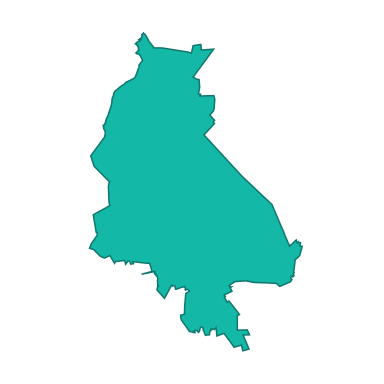 Mapimí, Durango, Mexico, rotated 356°
{"feature_id": "50627088B7119871400855", "entity_name": "Mapimí", "entity_type": "district", "adm_level": 2, "iso_a3": "MEX", "parent_name": "Mexico", "parent_adm1": "Durango", "projection": "robinson", "projection_center": [-104.148, 26.158], "detail": "fine", "context": "isolated", "style": "filled", "palette": "teal", "viewbox_px": 384, "rotation_deg": 356, "n_neighbors": 0, "source": "geoboundaries", "source_scale": "gbopen_adm2", "svg_char_len": 5600}
<svg xmlns="http://www.w3.org/2000/svg" viewBox="0 0 384 384"><g transform="rotate(356 192 192)"><path d="M93.5,148.9L96.1,159.5L110.3,176.0L109.0,180.2L108.5,196.2L109.1,199.8L101.5,203.4L96.1,205.8L91.9,207.9L93.6,225.6L94.5,225.9L94.4,228.5L88.3,236.2L87.8,236.7L85.9,241.0L89.9,242.6L96.0,249.7L100.1,251.8L105.6,249.7L109.8,257.7L110.6,256.1L120.0,255.6L120.8,259.5L123.4,256.3L124.8,256.6L125.8,259.7L128.7,259.4L128.1,257.3L137.7,259.2L144.8,260.3L146.6,268.3L146.3,268.5L145.2,268.7L136.0,270.5L137.0,270.4L149.4,268.7L148.9,269.9L149.3,270.1L149.0,270.8L149.0,271.0L149.8,270.7L150.1,270.8L150.2,272.8L150.8,272.8L150.8,273.0L151.3,273.8L151.7,275.3L151.8,276.8L151.4,277.5L151.3,281.6L151.3,283.0L151.8,283.1L151.8,283.9L151.1,284.2L150.6,285.6L150.7,286.2L150.3,287.1L150.2,287.2L151.3,288.6L157.1,296.2L165.1,283.7L165.8,284.4L166.1,283.9L168.5,284.7L168.8,287.8L169.0,287.8L169.7,287.9L170.1,287.7L170.7,287.5L171.1,287.3L172.3,287.3L173.1,286.9L173.3,286.7L175.3,286.3L175.5,286.4L175.9,286.3L176.4,286.1L177.4,285.9L177.5,285.8L177.6,285.7L177.8,285.7L178.2,286.9L178.8,287.3L178.6,288.2L178.5,288.5L178.4,288.8L178.5,289.3L178.7,289.5L179.1,289.1L180.4,288.7L181.8,289.6L182.1,289.9L182.3,290.2L182.5,290.7L178.7,292.8L176.7,305.4L175.9,313.4L172.1,314.1L172.1,316.9L172.5,319.0L178.3,328.5L179.1,330.0L179.6,330.8L185.1,332.6L185.2,332.1L185.2,331.9L184.5,331.1L184.5,330.8L184.6,330.7L185.0,330.6L185.2,330.4L185.6,330.2L186.9,330.4L187.5,330.6L187.7,330.8L187.7,331.2L188.3,331.7L188.4,332.3L188.5,332.5L189.1,332.1L189.3,331.9L189.7,331.6L190.0,330.6L190.1,330.2L190.2,329.7L190.4,329.1L190.5,328.7L190.8,328.2L191.0,327.7L191.5,327.4L191.7,327.5L192.5,327.5L192.7,327.8L193.5,328.4L193.4,328.7L193.5,328.9L193.6,329.4L193.5,330.6L194.2,331.8L194.4,332.3L194.4,333.1L194.8,334.5L195.4,335.6L195.5,335.8L195.7,336.0L196.1,335.8L196.4,335.8L196.7,335.7L197.0,335.7L197.5,335.4L197.8,335.6L198.2,335.6L198.8,335.7L199.1,335.6L199.4,335.7L199.5,335.5L199.6,334.7L199.8,334.0L200.0,332.5L200.2,332.2L200.5,332.1L200.9,331.5L201.0,331.5L201.3,331.2L201.3,330.4L201.5,330.5L201.7,330.4L202.1,330.5L202.1,330.3L202.3,330.4L202.6,330.4L202.7,330.5L203.2,330.2L204.1,330.2L204.2,330.3L204.3,330.5L204.6,330.7L205.0,330.2L205.9,330.1L206.5,329.1L206.8,337.4L210.0,336.4L214.1,335.3L222.0,347.8L223.0,349.8L230.6,348.2L231.7,354.0L237.9,352.6L233.0,338.2L239.4,338.5L238.2,335.2L237.4,333.4L227.6,333.0L228.5,318.5L230.8,317.6L228.8,314.4L221.3,303.3L219.4,304.4L217.0,299.2L218.0,298.6L216.9,296.9L225.0,293.8L223.4,290.2L224.6,289.4L224.1,289.4L223.4,289.3L222.9,288.9L222.8,288.7L222.6,288.6L222.4,288.1L227.9,284.8L227.8,284.5L230.3,284.4L235.0,284.4L237.4,284.4L241.4,284.5L241.3,284.9L247.8,286.6L264.0,288.3L269.9,289.1L272.9,292.3L283.6,288.6L284.4,288.1L284.3,287.5L285.6,286.3L285.3,285.9L285.1,286.0L284.7,285.2L284.3,284.5L285.1,283.4L286.0,282.4L286.0,282.2L286.7,283.7L287.9,282.7L287.4,280.0L288.2,279.7L287.8,278.4L288.3,277.0L290.2,266.7L290.3,266.7L293.8,264.0L295.0,262.9L295.2,262.4L296.1,259.8L297.4,256.0L297.7,255.2L298.1,253.9L295.9,253.3L296.7,250.2L294.5,249.5L294.5,249.3L293.5,250.2L292.6,247.1L285.7,252.8L285.2,251.4L285.0,251.5L283.7,247.5L282.5,244.2L281.1,240.2L281.3,240.1L281.1,239.6L279.0,233.5L278.9,233.6L277.9,230.8L278.0,230.8L270.9,210.1L263.3,201.9L262.2,200.7L261.9,200.4L256.8,194.8L242.9,179.7L207.9,135.9L219.2,125.3L217.9,123.6L219.5,122.1L215.1,116.5L218.9,112.9L219.7,111.0L219.9,110.2L221.2,101.2L220.6,97.4L206.7,96.8L207.4,95.1L205.2,94.9L207.0,88.1L206.9,80.3L204.1,79.6L201.1,77.3L202.8,75.5L223.6,51.0L211.2,51.0L211.2,45.7L211.0,45.4L203.3,46.1L201.9,50.8L201.6,52.0L200.7,53.6L198.5,52.3L172.7,46.3L163.8,45.5L163.9,45.0L159.1,37.9L159.1,37.3L157.0,32.9L156.5,32.4L156.3,31.8L156.2,31.5L155.9,31.2L155.6,31.0L155.4,30.9L155.2,30.9L154.9,30.4L154.7,30.0L154.4,30.3L153.7,30.9L152.9,31.6L153.0,32.0L153.1,32.7L152.9,33.3L152.5,34.1L151.5,35.2L151.0,35.4L150.6,35.7L150.3,35.9L150.6,35.9L150.8,36.1L151.8,36.1L152.0,36.2L152.1,36.4L152.0,36.5L151.4,36.5L151.2,36.3L150.9,36.3L150.9,36.6L150.6,36.9L150.6,37.3L150.4,37.2L150.3,37.3L150.4,37.5L150.2,37.6L149.9,37.7L149.7,37.6L149.3,37.7L149.4,38.0L147.4,38.8L146.5,39.6L146.3,40.2L146.1,40.3L146.6,40.5L146.6,40.8L147.0,41.2L147.3,41.6L148.0,41.6L147.9,42.0L147.8,42.7L148.6,43.9L148.5,44.6L148.6,45.8L148.6,46.3L148.9,46.7L145.7,49.4L145.8,49.5L146.1,49.5L146.4,49.7L146.6,50.1L146.9,50.4L147.4,50.4L147.9,50.6L148.3,50.6L148.4,50.8L148.7,51.1L149.3,51.4L149.3,51.7L149.6,52.0L149.8,52.2L150.0,52.6L150.6,53.9L150.7,54.3L150.8,54.6L151.0,54.7L151.0,54.9L151.2,55.2L151.2,55.6L151.4,55.9L151.5,56.5L151.7,56.8L151.7,57.0L151.8,57.3L151.7,57.5L151.9,57.6L149.8,59.5L147.8,62.0L148.1,62.7L148.1,63.3L148.0,63.6L147.1,65.1L144.7,70.7L144.6,70.9L144.5,71.0L144.4,71.1L143.1,74.0L142.4,74.3L137.8,76.4L133.9,77.8L132.5,79.1L131.9,79.8L130.9,80.3L129.9,80.6L129.6,80.9L127.5,82.2L123.9,85.0L123.6,85.0L123.1,85.4L122.6,85.7L121.9,86.3L121.8,86.8L121.5,87.1L120.8,88.2L120.5,89.6L119.9,91.4L119.3,92.1L119.1,93.0L118.6,94.1L118.6,94.7L118.6,95.3L118.6,95.6L118.3,96.2L118.2,97.6L118.0,98.1L117.7,99.4L116.2,103.3L115.0,106.3L114.4,106.9L114.4,107.2L114.5,107.3L114.2,108.4L112.9,111.0L112.7,111.1L112.5,111.6L112.3,112.0L111.9,112.4L111.5,113.7L111.1,114.7L110.6,116.3L110.0,117.4L109.7,118.0L109.6,118.6L109.5,118.9L109.2,118.9L108.6,119.0L108.1,119.2L108.0,119.4L108.4,121.0L108.4,121.3L108.4,121.6L108.4,122.6L108.4,123.0L109.3,124.4L109.5,125.2L109.6,126.9L109.5,127.8L109.4,128.5L109.0,129.4L108.8,130.5L108.4,131.3L93.5,148.9Z" fill="#14b8a6" stroke="#0f766e" stroke-width="1.5"/></g></svg>